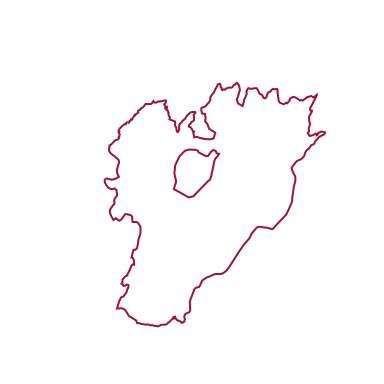 Oïcha, Nord-Kivu, Democratic Republic of the Congo (Equal Earth projection), rotated 26°
{"feature_id": "63176286B86170870415972", "entity_name": "Oïcha", "entity_type": "district", "adm_level": 2, "iso_a3": "COD", "parent_name": "Democratic Republic of the Congo", "parent_adm1": "Nord-Kivu", "projection": "equal_earth", "projection_center": [29.505, 0.401], "detail": "fine", "context": "isolated", "style": "outline", "palette": "rose", "viewbox_px": 384, "rotation_deg": 26, "n_neighbors": 0, "source": "geoboundaries", "source_scale": "gbopen_adm2", "svg_char_len": 6025}
<svg xmlns="http://www.w3.org/2000/svg" viewBox="0 0 384 384"><g transform="rotate(26 192 192)"><path d="M166.4,277.5L167.3,277.1L168.8,278.0L170.0,279.4L171.9,282.7L170.5,283.0L170.1,283.7L169.9,285.6L170.3,289.0L170.1,291.0L170.2,292.2L170.0,294.8L170.5,295.4L169.1,297.0L167.9,301.2L168.6,302.8L169.2,303.6L169.3,304.2L168.8,305.3L170.3,305.5L171.0,306.3L171.8,306.4L172.6,305.5L173.3,305.3L173.8,304.0L174.6,303.5L175.5,303.5L176.2,304.4L176.6,305.9L176.6,308.4L177.1,310.8L176.1,316.1L174.7,317.4L174.4,318.6L174.5,322.3L175.7,329.7L177.8,328.5L179.2,327.5L181.2,327.1L182.4,327.2L183.6,327.4L184.9,328.0L189.3,330.9L190.2,331.2L191.9,331.1L194.0,331.5L198.0,331.9L200.2,333.9L201.2,333.4L203.3,332.8L204.5,332.8L206.2,332.1L207.7,331.8L208.8,331.2L209.8,330.9L210.4,330.4L212.8,329.9L213.4,330.0L214.8,329.1L216.6,328.8L220.0,327.8L221.4,326.5L221.8,326.0L222.3,325.0L223.3,324.4L226.0,323.0L226.8,322.4L227.3,321.6L227.6,321.1L227.7,320.4L228.3,319.4L229.5,316.0L230.2,315.0L230.2,314.1L230.7,313.6L231.6,313.5L231.9,313.3L231.8,313.1L230.9,313.2L230.2,312.9L230.3,312.4L230.7,312.2L231.2,311.7L231.4,312.2L231.7,312.1L231.9,312.6L232.3,312.4L234.0,313.4L235.5,313.9L235.9,313.6L237.2,313.4L238.4,313.5L239.6,313.9L240.9,314.7L240.0,313.8L241.3,312.9L241.9,311.8L241.2,309.1L240.3,308.5L239.6,307.1L239.3,305.3L239.8,304.2L240.9,302.6L242.3,301.3L242.3,299.2L239.6,294.1L238.4,292.3L237.8,289.7L236.8,278.1L237.4,276.6L240.0,274.2L240.2,272.2L240.0,269.4L240.0,267.4L240.6,265.9L242.9,262.1L244.0,261.1L248.1,256.2L250.7,254.5L252.6,253.9L254.9,252.2L256.0,250.6L257.4,247.6L258.5,242.0L260.2,226.4L261.6,217.1L263.9,208.3L263.8,203.2L265.7,195.9L266.6,194.5L268.7,193.3L272.4,192.2L274.5,191.3L280.3,190.3L280.9,189.5L282.6,183.6L286.5,171.2L286.6,167.1L286.3,158.6L285.8,155.5L284.5,153.1L283.4,149.3L281.2,142.5L280.1,137.0L278.4,133.3L277.3,132.2L274.6,130.4L271.0,127.0L271.2,124.8L272.5,118.9L273.1,117.5L275.2,115.4L276.2,113.7L277.0,110.5L276.5,106.7L276.8,103.7L278.1,102.0L278.6,97.7L280.3,95.9L280.7,94.9L280.4,93.0L281.9,87.7L282.6,86.0L285.4,82.4L285.7,81.2L285.4,80.1L282.3,80.7L281.2,81.5L279.5,83.8L279.8,85.5L279.2,86.3L278.4,85.4L277.5,85.3L275.9,87.8L273.4,90.0L272.8,89.9L271.0,88.5L270.3,88.4L270.3,86.9L270.6,86.2L268.9,83.5L268.7,80.9L268.0,78.4L266.6,77.5L265.6,75.5L264.9,74.8L264.2,72.6L264.5,67.1L264.2,66.4L262.9,66.9L262.3,66.6L261.4,64.7L261.7,60.5L261.6,57.5L261.8,56.2L261.8,51.1L261.5,50.1L259.7,53.8L257.1,53.4L255.7,54.7L254.9,55.8L254.0,56.1L251.4,61.3L249.5,61.6L248.9,62.4L246.2,61.9L242.9,61.7L241.6,62.0L240.7,62.7L240.2,63.6L239.2,64.8L239.5,67.3L238.7,70.5L237.6,70.6L236.0,72.9L233.6,73.2L231.8,73.2L230.1,72.2L225.0,64.6L224.0,62.5L223.1,62.1L221.1,63.6L219.6,63.8L218.8,65.2L218.3,67.6L217.0,68.7L216.8,70.8L217.2,73.4L217.1,75.2L216.3,76.0L215.4,76.0L214.5,75.7L213.4,74.7L211.9,74.0L210.1,74.1L209.2,73.8L206.6,71.5L205.5,70.8L204.2,70.5L201.9,71.9L199.9,73.4L197.2,74.0L196.8,75.7L196.9,77.6L198.2,80.0L198.4,83.0L198.4,86.3L199.0,88.1L199.8,92.6L194.6,92.2L191.8,89.4L191.2,84.4L190.2,78.9L189.3,78.1L188.1,76.1L184.8,74.2L184.2,74.6L183.7,76.4L182.7,77.5L182.3,80.1L181.8,80.9L179.4,81.9L177.6,83.7L176.8,85.6L175.6,85.8L174.7,87.1L173.5,86.7L173.0,85.5L171.6,84.8L170.5,83.1L169.5,82.5L168.0,84.0L168.2,86.3L167.9,88.7L168.0,92.9L167.3,95.9L167.0,98.9L168.2,101.6L168.1,103.3L166.4,109.3L165.1,110.8L163.8,111.9L163.7,112.8L164.3,114.2L166.7,117.1L169.4,116.1L171.8,119.5L172.7,122.6L175.9,124.1L179.9,127.8L187.0,128.5L187.9,134.5L184.6,137.0L180.2,138.8L175.1,140.0L172.3,140.2L170.2,141.9L167.1,138.1L167.0,137.7L167.5,137.0L167.3,136.7L166.0,136.8L163.8,135.1L162.2,134.5L161.2,134.8L160.5,134.5L160.1,133.7L160.1,132.6L160.8,130.5L160.7,129.5L162.1,127.5L162.3,126.6L161.7,125.7L161.7,124.9L159.7,122.0L160.4,119.3L159.6,118.7L156.4,120.5L155.6,121.6L154.0,125.4L153.8,129.1L152.3,132.1L152.0,134.2L151.1,136.4L151.3,137.7L152.2,139.9L152.9,140.8L153.2,142.4L153.2,143.5L152.9,144.4L152.1,144.3L151.5,143.9L150.3,141.9L149.3,140.9L147.9,140.0L147.2,138.9L146.5,136.9L145.9,136.1L139.9,136.6L139.8,135.4L139.3,134.5L138.6,134.3L136.6,132.4L136.4,131.1L135.2,130.5L134.7,129.5L133.3,129.3L132.3,126.9L131.4,128.6L131.0,128.2L130.7,126.6L129.1,126.0L128.6,125.1L129.1,124.2L129.1,122.7L128.7,121.3L127.6,121.4L123.2,125.0L122.0,125.3L121.0,126.9L120.1,127.7L118.6,128.1L117.5,127.2L117.0,130.1L116.5,130.9L113.8,132.4L112.1,132.9L111.5,133.6L111.1,136.6L110.5,137.8L109.5,138.9L109.3,140.9L107.9,142.6L108.9,144.4L106.9,147.3L107.4,148.0L106.6,148.9L106.6,150.0L106.2,151.4L106.5,153.0L106.2,153.5L105.3,153.6L105.4,154.9L104.7,155.7L105.0,156.9L104.5,157.7L103.7,157.6L102.8,158.2L102.5,158.9L102.8,160.0L101.9,160.3L100.6,162.6L99.3,166.4L99.1,168.0L99.4,169.6L99.7,170.0L100.3,169.8L100.4,170.4L100.2,170.8L101.7,171.8L102.4,173.9L102.0,174.8L102.8,175.9L102.3,177.3L100.4,179.0L98.3,185.3L97.4,186.3L98.3,188.1L98.3,189.5L99.8,191.7L101.5,192.7L104.3,193.5L105.9,193.6L111.5,195.1L112.5,195.9L113.0,196.6L113.5,197.7L114.7,204.7L116.1,207.5L119.6,210.4L118.1,212.8L115.7,215.3L114.3,216.1L113.2,216.5L109.6,217.1L108.8,217.9L108.4,218.9L108.6,220.5L109.9,221.9L112.4,223.6L115.0,224.8L117.4,224.9L119.1,224.5L120.9,222.7L123.2,223.4L125.9,227.1L126.1,228.4L125.5,231.8L125.7,233.6L127.3,236.0L127.3,237.4L126.7,239.0L126.1,243.2L126.5,245.3L127.8,247.1L129.3,248.5L133.6,251.6L135.0,248.9L138.1,249.7L139.4,249.6L140.7,247.3L141.6,241.3L143.0,240.5L145.0,240.1L147.2,239.7L149.0,240.3L149.8,242.1L151.7,245.0L155.3,243.3L157.3,243.5L160.8,245.7L162.7,249.2L164.0,252.4L164.8,258.6L165.9,261.6L167.2,266.5L166.4,268.8L164.7,269.6L166.4,277.5ZM170.8,155.1L177.0,152.4L179.3,152.4L180.7,153.5L189.0,153.7L190.7,152.5L191.3,147.9L192.7,144.9L195.1,144.7L197.1,146.2L198.1,146.4L199.5,145.8L199.2,149.0L198.3,151.9L198.5,154.3L201.0,163.9L201.6,167.0L202.4,169.3L202.7,173.3L201.7,175.2L196.5,190.8L195.3,195.1L191.5,198.3L174.4,197.3L173.2,189.6L168.0,183.0L165.2,175.3L165.1,165.6L167.5,158.1L170.8,155.1Z" fill="none" stroke="#9f1239" stroke-width="2"/></g></svg>